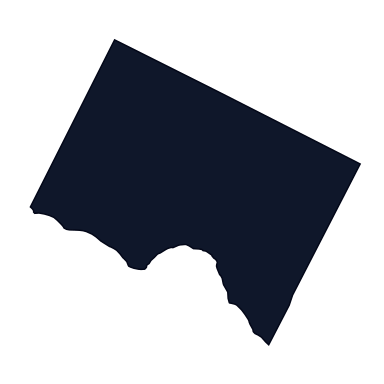 the district of Knox, Nebraska, United States of America, rotated 207°
{"feature_id": "52423323B21307284690044", "entity_name": "Knox", "entity_type": "district", "adm_level": 2, "iso_a3": "USA", "parent_name": "United States of America", "parent_adm1": "Nebraska", "projection": "albers", "projection_center": [-97.924, 42.66], "detail": "fine", "context": "isolated", "style": "filled", "palette": "ink", "viewbox_px": 384, "rotation_deg": 207, "n_neighbors": 0, "source": "geoboundaries", "source_scale": "gbopen_adm2", "svg_char_len": 1447}
<svg xmlns="http://www.w3.org/2000/svg" viewBox="0 0 384 384"><g transform="rotate(207 192 192)"><path d="M330.0,292.4L329.2,105.3L327.0,104.7L325.4,104.0L324.4,103.1L324.0,102.2L322.5,101.6L318.8,103.8L313.5,105.4L308.3,106.4L303.5,106.7L299.3,105.7L293.5,103.8L291.1,102.8L289.6,101.8L286.9,101.8L284.1,102.6L279.0,105.0L275.3,106.7L271.5,108.1L268.1,108.8L262.0,109.1L257.2,108.5L250.7,106.9L240.7,106.0L239.6,106.2L235.9,106.2L232.7,105.9L228.0,104.2L223.7,102.1L222.5,101.8L218.5,100.4L215.6,97.8L214.7,97.2L212.8,97.2L209.1,97.7L204.8,98.9L202.3,99.9L199.1,101.8L198.5,103.8L198.5,104.6L199.0,105.7L198.9,106.8L197.8,108.7L197.5,112.4L195.9,116.6L194.7,120.7L194.1,121.7L192.7,123.2L189.2,129.0L187.9,130.8L185.5,133.1L183.7,133.8L179.9,138.4L178.6,139.5L174.1,142.3L173.0,142.6L170.1,142.7L165.0,142.2L160.0,144.4L157.4,145.2L156.6,145.2L155.6,144.8L153.1,145.6L151.7,145.6L145.8,144.8L145.1,144.1L143.5,143.4L142.6,143.0L140.3,142.7L138.6,141.8L137.5,140.9L137.0,138.5L136.5,137.1L135.0,135.4L129.9,131.0L128.2,130.4L125.9,128.8L122.6,124.6L121.6,123.6L115.0,119.3L114.5,118.8L111.5,113.6L108.5,110.3L108.2,110.2L106.5,110.7L103.1,111.5L101.7,111.6L100.5,111.5L94.3,109.5L89.4,107.1L84.3,104.2L82.8,103.1L82.0,102.1L80.2,100.5L75.3,97.2L74.3,95.7L73.6,95.2L71.5,94.5L68.1,94.6L64.2,94.2L58.4,91.9L54.3,90.7L54.0,135.2L55.6,145.9L54.9,293.3L56.6,293.3L212.9,293.2L330.0,292.4Z" fill="#0f172a" stroke="#020617" stroke-width="1.5"/></g></svg>